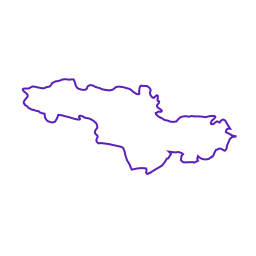 Shibin al-Qanatir, Al Qalyubiyah, Egypt (Equal Earth projection), rotated 96°
{"feature_id": "37247803B12662956160688", "entity_name": "Shibin al-Qanatir", "entity_type": "district", "adm_level": 2, "iso_a3": "EGY", "parent_name": "Egypt", "parent_adm1": "Al Qalyubiyah", "projection": "equal_earth", "projection_center": [31.303, 30.296], "detail": "fine", "context": "isolated", "style": "outline", "palette": "violet", "viewbox_px": 256, "rotation_deg": 96, "n_neighbors": 0, "source": "geoboundaries", "source_scale": "gbopen_adm2", "svg_char_len": 5817}
<svg xmlns="http://www.w3.org/2000/svg" viewBox="0 0 256 256"><g transform="rotate(96 128 128)"><path d="M169.0,120.0L168.2,117.5L167.6,115.6L167.2,114.2L166.7,112.0L166.3,108.5L166.3,107.7L166.4,105.6L166.9,105.5L167.7,105.3L168.2,105.2L168.6,105.2L169.7,105.3L170.4,105.4L170.9,105.0L171.4,104.7L171.6,103.9L171.7,103.6L170.7,102.6L170.2,101.2L170.1,100.9L169.6,100.6L166.2,96.2L165.7,95.5L163.3,92.2L161.8,90.3L158.8,88.3L158.5,88.1L156.0,86.9L154.3,86.1L154.1,84.9L149.2,82.5L147.6,84.4L147.2,84.9L147.3,81.6L147.3,81.3L147.3,78.1L146.6,75.2L147.3,72.2L148.3,70.5L150.3,71.9L154.5,72.0L155.4,70.8L156.3,69.7L156.2,67.5L155.1,59.7L155.6,58.7L155.2,58.1L154.0,56.1L153.2,54.9L152.2,55.5L151.8,55.8L150.8,55.9L148.6,55.5L149.4,54.5L149.9,53.7L150.4,52.8L151.1,50.6L151.2,49.2L151.1,48.0L151.1,47.2L151.0,46.7L150.3,44.4L148.0,42.0L148.3,41.8L147.2,40.6L145.4,39.9L145.1,39.8L142.9,39.2L141.0,38.5L140.8,38.4L140.5,37.8L140.3,37.4L138.9,35.1L138.9,33.6L139.2,32.6L139.9,31.0L140.0,30.7L140.5,29.5L139.6,28.5L138.6,28.0L138.3,27.9L136.8,27.8L135.3,27.7L133.3,27.1L131.7,26.6L129.7,26.0L128.5,25.7L127.6,24.9L126.7,24.1L126.2,23.6L126.0,23.1L125.1,19.3L124.9,20.3L124.9,21.4L124.8,22.6L124.6,23.2L124.3,24.1L124.2,24.4L123.9,25.0L123.7,25.5L123.5,26.1L122.8,27.5L122.4,29.0L122.2,29.5L122.1,29.8L121.7,30.3L121.4,30.3L121.0,30.2L119.8,30.1L118.6,29.2L118.2,28.4L118.1,27.4L118.1,26.3L116.5,27.5L115.9,28.0L114.9,28.9L112.7,30.5L111.7,31.2L110.5,32.0L109.9,33.4L109.6,34.1L110.0,35.2L110.8,35.9L111.5,36.7L111.9,36.8L113.0,37.3L113.0,37.7L112.9,38.1L112.6,38.6L112.4,39.0L112.1,39.8L112.4,40.6L112.8,41.1L113.2,41.5L113.9,42.4L114.3,42.7L114.6,42.9L115.1,43.5L115.2,43.8L115.3,44.4L115.4,45.3L115.1,45.9L114.4,46.2L113.7,46.0L112.0,45.5L110.9,44.4L109.8,43.4L108.8,42.7L108.3,42.4L107.8,42.3L107.4,42.7L107.0,43.2L107.0,43.7L107.5,47.2L108.0,49.0L109.0,51.5L109.0,53.0L109.0,54.9L109.0,56.5L109.1,59.6L109.3,61.0L109.5,63.1L109.5,65.4L109.6,66.8L110.1,67.6L110.4,69.0L110.3,70.2L110.2,71.8L110.8,74.3L111.1,75.3L112.0,77.3L112.9,77.9L113.9,78.9L115.7,80.1L116.3,80.5L116.6,81.4L116.7,81.7L117.0,82.5L117.1,83.0L117.1,83.7L117.2,84.1L117.2,84.8L117.3,85.4L117.3,86.1L117.1,87.0L117.0,87.7L116.6,88.6L116.5,89.5L116.3,90.4L116.4,91.1L116.4,91.5L116.0,92.8L115.7,93.6L115.0,94.7L114.6,95.7L114.4,96.1L114.4,96.9L113.9,97.3L113.7,98.2L113.5,98.8L112.8,99.9L112.5,100.3L111.3,101.6L110.1,101.9L110.0,101.3L109.1,100.2L108.5,99.5L108.6,97.9L108.3,96.6L107.9,96.3L107.5,96.1L107.2,96.4L106.7,96.7L106.4,97.2L106.1,97.6L105.6,98.4L105.3,99.1L104.8,99.9L104.6,100.3L104.4,100.6L104.1,101.0L103.8,101.2L103.0,101.5L102.5,101.5L102.0,101.3L101.5,101.1L101.0,100.7L100.4,100.2L99.5,99.8L98.4,99.8L98.0,100.3L98.0,100.7L97.9,101.3L96.3,101.7L95.0,101.4L92.8,101.8L92.6,102.0L92.5,102.9L93.3,103.8L93.5,103.9L93.8,104.2L94.3,104.5L94.5,104.8L94.7,105.0L95.3,105.4L95.4,105.8L95.4,106.1L95.0,106.8L94.7,107.4L92.7,109.3L92.1,109.3L91.0,109.9L90.0,109.9L89.4,109.6L88.8,109.5L88.3,109.4L87.4,109.6L86.7,110.2L86.0,110.8L85.7,111.1L85.3,111.7L85.0,112.2L84.7,112.8L84.3,113.4L84.6,118.2L84.5,119.4L84.9,119.9L85.6,120.3L86.0,120.5L86.8,120.6L87.8,120.7L88.7,120.7L89.6,120.8L91.0,120.7L92.4,120.3L93.1,120.6L93.3,121.3L93.4,121.8L93.3,122.8L93.1,123.3L92.8,124.1L92.3,125.0L92.0,125.5L91.7,126.3L91.4,126.7L90.7,127.6L90.2,128.5L89.4,129.6L88.9,130.9L88.7,132.4L88.5,133.3L88.3,134.8L88.1,135.6L88.0,136.7L87.8,138.4L87.8,140.0L87.8,141.5L87.9,142.1L88.4,143.6L88.7,144.2L88.9,144.8L89.8,145.4L90.4,146.0L90.8,146.4L91.2,147.0L91.8,147.9L92.0,148.8L92.5,150.2L92.6,151.4L92.5,152.7L92.5,154.1L92.3,156.3L92.1,158.2L91.4,159.9L91.0,162.1L90.6,164.6L89.5,167.2L89.2,169.9L89.9,171.3L90.6,172.2L91.7,172.8L92.7,172.8L93.4,173.3L94.1,173.8L94.7,176.0L94.8,177.3L94.5,179.4L94.2,181.0L93.3,182.8L91.7,184.2L88.2,185.6L85.4,187.1L85.5,189.0L86.0,191.1L86.1,193.4L85.9,195.0L86.7,198.6L87.3,199.3L87.8,200.4L88.0,201.0L88.4,202.0L89.0,204.1L89.5,205.6L90.1,206.4L91.2,208.0L91.7,208.4L92.7,208.7L93.6,209.2L94.1,209.5L94.9,210.2L95.4,211.7L95.6,212.5L96.2,214.1L96.7,214.6L97.0,215.3L97.5,216.6L97.3,217.5L97.4,218.8L97.1,220.8L97.1,222.1L96.7,224.0L96.7,224.5L96.7,227.3L97.3,228.3L98.0,229.4L98.6,230.0L99.0,230.9L99.3,232.2L99.3,233.1L99.8,236.0L100.4,236.7L101.6,236.2L102.3,235.6L103.0,234.4L103.8,233.4L104.5,232.3L105.3,231.4L106.5,231.1L107.0,231.2L107.6,231.3L108.6,232.0L109.4,232.6L110.8,233.4L111.6,233.9L112.2,234.2L113.5,234.4L114.8,233.9L115.0,233.3L116.0,232.7L116.5,231.7L116.8,230.7L118.1,229.5L118.7,228.1L119.1,227.2L119.7,225.8L119.9,224.6L119.7,224.2L120.3,222.2L120.6,220.3L120.6,218.7L121.0,218.2L121.8,217.1L122.1,215.5L122.3,215.1L122.4,213.9L122.5,212.5L122.9,212.4L123.7,212.3L124.3,212.0L126.2,211.7L127.3,210.9L128.2,210.1L129.3,209.1L129.8,207.6L130.1,206.1L130.4,204.8L130.3,203.6L130.1,202.8L129.5,201.7L129.4,201.3L128.9,200.9L128.0,200.7L127.1,200.1L125.7,199.6L124.4,199.3L123.5,199.0L122.5,198.9L122.1,198.4L122.3,196.4L122.2,195.1L122.4,194.3L122.5,193.6L122.7,193.0L123.4,187.7L124.4,182.9L124.8,179.0L124.8,177.8L124.4,176.8L123.9,176.7L123.3,177.0L122.8,177.5L122.5,177.7L122.2,178.0L121.3,177.7L120.8,177.1L120.8,176.3L120.9,175.5L121.1,174.6L121.4,173.8L121.9,173.1L122.3,171.4L122.4,170.4L122.5,169.5L122.5,168.5L122.7,167.4L123.2,166.0L123.7,164.6L124.4,163.2L125.5,161.6L126.2,160.6L126.7,160.1L127.4,159.6L128.7,159.0L129.5,158.8L130.7,158.6L131.6,158.9L132.5,159.5L133.6,160.1L134.4,160.3L135.2,160.5L136.4,160.3L137.1,159.9L138.7,157.7L139.4,157.3L140.5,157.4L141.2,157.8L142.2,158.0L143.7,158.2L144.7,157.8L145.8,156.7L146.4,155.2L145.8,153.7L145.8,152.9L146.0,144.9L146.6,140.4L146.8,138.2L147.4,133.0L148.0,131.3L148.4,130.8L148.9,130.4L150.0,129.9L151.8,128.9L155.3,127.8L158.0,126.6L160.5,125.4L162.1,124.1L164.0,122.7L169.0,120.0Z" fill="none" stroke="#5b21b6" stroke-width="2"/></g></svg>